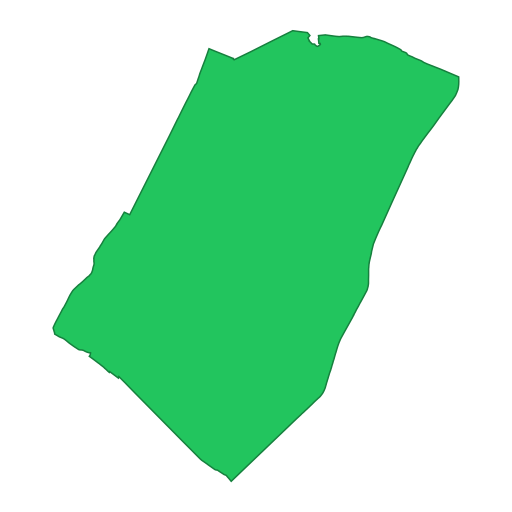 outline of Hillegom, Zuid-Holland, Netherlands
{"feature_id": "6326949B57976108434899", "entity_name": "Hillegom", "entity_type": "district", "adm_level": 2, "iso_a3": "NLD", "parent_name": "Netherlands", "parent_adm1": "Zuid-Holland", "projection": "mercator", "projection_center": [4.578, 52.295], "detail": "fine", "context": "isolated", "style": "filled", "palette": "green", "viewbox_px": 512, "rotation_deg": 0, "n_neighbors": 0, "source": "geoboundaries", "source_scale": "gbopen_adm2", "svg_char_len": 5646}
<svg xmlns="http://www.w3.org/2000/svg" viewBox="0 0 512 512"><path d="M178.4,117.7L177.7,118.9L169.3,136.0L129.7,214.7L124.3,212.2L119.7,220.1L118.7,221.3L117.8,222.6L117.4,223.1L116.8,224.3L116.7,224.2L115.7,226.1L115.4,226.5L115.1,226.9L114.7,227.3L113.4,228.9L111.4,231.2L108.5,234.3L105.4,237.8L104.8,238.5L104.3,239.2L103.4,240.8L101.9,243.5L100.1,246.2L99.9,246.8L99.3,247.6L97.0,250.9L96.6,251.5L96.0,252.4L95.7,253.0L95.0,254.6L94.7,255.2L94.4,255.6L94.2,256.3L94.0,257.1L93.9,258.0L93.8,258.5L93.8,258.8L93.9,259.2L93.9,261.3L93.9,262.0L94.1,262.7L94.1,263.5L94.0,264.3L93.9,265.0L93.6,265.8L93.2,267.1L92.9,268.3L92.7,269.5L92.4,270.7L92.3,270.9L92.0,271.7L91.8,272.4L91.4,273.1L90.9,273.9L89.8,275.0L89.1,275.9L88.0,276.7L86.8,277.6L86.1,278.3L85.5,278.9L82.3,281.9L79.5,284.3L78.6,284.9L77.9,285.6L74.0,289.3L72.8,290.6L71.7,292.3L70.0,295.1L69.0,297.1L67.3,300.7L66.5,302.3L64.0,307.0L63.6,307.6L63.3,308.0L62.5,309.2L61.3,311.6L60.6,312.9L58.9,316.1L57.3,319.2L56.2,321.2L54.9,323.8L53.4,327.1L53.2,327.6L53.2,327.9L53.2,328.1L53.2,328.4L53.6,329.6L54.0,330.8L54.2,331.9L54.5,332.1L54.7,334.1L57.3,335.6L58.4,336.3L59.5,336.9L61.9,337.9L62.5,338.1L63.5,338.6L65.0,339.6L65.4,339.9L69.1,343.0L73.0,345.8L75.0,347.2L76.0,347.8L78.4,349.4L79.0,349.7L79.4,349.8L79.5,349.8L80.4,349.9L81.9,350.0L82.5,350.1L83.6,350.5L83.8,350.5L84.9,351.2L85.8,351.6L86.4,351.9L87.5,352.3L88.5,352.6L89.1,352.7L89.6,352.8L89.9,352.8L90.4,352.7L90.6,352.8L90.2,354.8L90.0,355.3L89.3,356.3L91.2,357.7L94.6,360.2L95.9,361.2L98.0,362.8L99.3,363.7L101.1,365.2L103.2,366.8L104.5,367.9L104.5,368.1L106.3,369.6L106.7,370.0L107.8,371.1L109.3,372.4L109.7,371.6L110.9,372.5L118.4,378.1L118.9,376.6L120.5,378.2L124.6,382.3L135.0,393.0L158.1,416.4L165.8,424.2L181.0,439.6L198.3,457.0L200.3,459.0L201.0,459.6L201.5,460.1L202.5,460.8L203.7,461.6L209.4,465.7L214.8,469.5L215.5,469.8L215.9,469.9L216.2,470.0L217.3,470.1L217.5,470.2L217.8,470.4L218.1,470.5L218.4,470.8L219.6,471.6L224.2,474.6L225.4,475.0L225.9,475.2L226.1,475.3L226.5,475.7L227.0,476.3L227.4,476.8L227.9,477.4L228.4,477.9L231.2,481.3L259.9,453.8L297.3,418.0L298.1,417.3L298.5,416.9L301.1,414.5L301.5,414.0L302.2,413.4L303.8,412.0L304.6,411.2L306.4,409.5L306.7,409.3L307.2,408.8L307.8,408.2L308.7,407.4L309.6,406.5L310.5,405.6L311.5,404.7L314.1,402.1L314.8,401.4L315.5,400.8L316.4,399.9L316.9,399.5L317.5,398.9L318.0,398.4L319.0,397.6L319.7,396.9L320.0,396.7L320.3,396.3L320.9,395.6L321.1,395.3L321.3,395.0L321.6,394.7L321.8,394.4L322.1,394.0L322.5,393.4L322.8,393.0L322.9,392.8L323.8,391.1L324.1,390.5L324.2,390.2L324.3,390.0L325.0,388.3L325.2,387.9L325.3,387.5L325.5,386.7L325.7,386.0L326.2,384.3L326.7,382.4L327.0,381.6L327.5,379.8L328.1,378.0L328.3,377.2L328.7,375.9L329.1,374.7L329.2,374.2L329.4,373.6L329.5,373.2L329.7,372.7L330.3,371.0L330.7,370.0L330.9,369.2L331.1,368.5L331.4,367.7L331.7,366.5L332.0,365.4L332.4,364.2L332.8,362.9L333.0,362.2L333.1,361.7L333.5,360.4L333.8,359.6L334.1,358.6L334.5,357.1L335.6,353.2L335.9,352.4L336.1,351.8L336.2,351.2L336.5,350.4L336.7,349.6L337.0,348.5L337.3,347.7L337.5,346.9L338.2,344.9L338.8,343.2L338.9,342.9L340.7,338.7L344.7,331.4L351.4,319.4L351.6,319.0L352.3,317.8L352.7,317.0L353.1,316.2L353.8,315.0L353.6,314.9L354.1,314.1L355.4,311.8L356.4,309.7L358.4,306.2L359.0,305.0L360.1,302.9L360.6,302.1L364.4,295.1L365.3,293.4L366.4,291.4L366.9,290.4L367.4,289.0L367.5,288.5L367.8,287.3L368.0,286.8L368.1,286.2L368.2,285.4L368.4,284.5L368.4,284.0L368.5,283.5L368.5,283.1L368.5,281.5L368.5,279.5L368.6,275.4L368.6,273.5L368.6,273.3L368.6,270.6L368.6,269.2L368.6,268.7L368.7,268.1L368.8,266.5L368.9,265.2L368.9,264.8L369.1,263.6L369.3,262.2L369.5,261.2L370.2,258.1L371.3,253.5L371.6,251.4L373.4,244.0L375.7,238.3L378.6,231.6L380.5,227.5L380.6,227.4L380.9,226.7L381.4,225.8L393.0,200.0L398.6,187.7L407.9,167.2L408.9,164.7L409.7,163.1L410.4,161.6L410.6,161.1L410.9,160.5L411.8,158.4L413.3,155.3L414.0,154.0L414.7,152.5L415.2,151.7L415.7,150.7L416.4,149.3L417.4,147.9L418.1,146.5L418.6,145.8L419.3,144.8L420.1,143.8L420.3,143.5L420.8,142.8L421.5,141.7L422.1,140.9L422.2,140.7L427.8,133.2L430.9,129.2L433.9,125.2L439.0,118.0L449.5,103.8L452.1,100.4L455.4,95.6L456.6,92.9L457.9,89.6L458.4,87.1L458.7,84.4L458.8,81.4L458.7,76.9L440.6,69.2L427.3,64.0L423.5,62.3L422.9,61.8L421.4,60.9L419.8,60.2L415.0,58.3L411.9,56.7L411.3,56.5L410.8,56.3L408.7,55.4L408.3,55.2L407.8,54.9L407.4,54.6L407.2,54.2L407.0,53.8L406.6,53.2L405.6,52.6L402.0,51.2L401.6,50.9L401.4,50.6L400.9,49.8L398.1,48.2L396.6,47.4L395.0,46.6L393.5,45.9L390.4,44.5L388.8,43.8L387.3,43.1L384.5,41.7L382.5,41.0L381.6,40.7L378.9,39.9L375.6,38.9L374.0,38.4L373.9,38.6L373.4,38.4L371.9,37.9L371.2,37.7L370.4,37.3L370.0,36.9L368.1,36.5L367.2,36.4L366.4,36.5L363.3,37.5L361.6,37.7L357.4,37.3L351.2,36.6L348.6,36.3L345.7,36.2L343.2,36.2L339.2,36.6L335.7,36.3L334.1,36.1L325.3,34.9L318.5,35.6L318.9,38.8L318.4,38.9L318.9,43.4L319.2,43.5L319.8,43.6L320.2,43.5L320.4,44.4L320.3,44.5L320.2,44.6L320.0,44.8L319.9,44.9L319.8,45.0L319.0,45.6L318.4,46.0L318.2,46.1L317.9,46.3L317.7,46.3L317.4,46.3L317.2,46.3L316.9,46.3L316.8,46.2L316.7,46.2L316.4,46.0L314.5,44.3L314.5,44.1L312.2,44.0L309.2,41.0L309.4,40.8L307.9,37.9L309.9,35.5L307.4,32.6L301.1,31.8L292.7,30.7L270.0,42.0L250.8,51.7L234.1,59.8L233.6,59.3L232.6,58.5L232.9,58.3L232.0,58.0L230.8,57.5L225.6,55.4L214.6,51.0L209.0,48.7L208.4,50.4L207.3,53.6L206.2,56.7L205.0,60.1L204.1,62.4L202.3,67.1L201.7,68.8L200.7,71.3L200.0,73.2L199.7,74.0L199.4,75.1L199.3,75.4L199.0,76.5L198.4,78.1L196.6,83.5L195.0,84.9L193.1,88.4L191.2,92.0L189.2,96.1L187.3,99.8L185.7,102.9L184.0,106.3L182.1,110.1L179.7,115.0L178.4,117.7Z" fill="#22c55e" stroke="#15803d" stroke-width="1.5"/></svg>